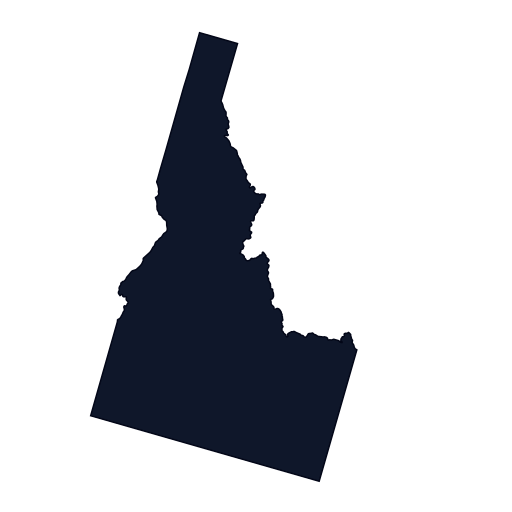 map outline of Idaho (Mercator projection), rotated 16°
{"feature_id": "USA-3518", "entity_name": "Idaho", "entity_type": "State", "adm_level": 1, "iso_a3": "USA", "parent_name": "United States of America", "parent_adm1": "", "projection": "mercator", "projection_center": [-114.383, 45.496], "detail": "fine", "context": "isolated", "style": "filled", "palette": "ink", "viewbox_px": 512, "rotation_deg": 16, "n_neighbors": 0, "source": "natural_earth", "source_scale": "10m", "svg_char_len": 6166}
<svg xmlns="http://www.w3.org/2000/svg" viewBox="0 0 512 512"><g transform="rotate(16 256 256)"><path d="M140.2,56.9L179.7,56.9L179.6,116.3L180.1,117.3L181.0,118.1L182.2,119.6L184.1,122.8L186.1,124.9L187.4,125.8L187.8,126.7L188.5,129.5L188.7,129.8L189.0,130.2L190.4,131.1L190.9,132.5L191.1,132.8L192.3,133.6L192.8,134.4L192.9,135.2L192.8,136.7L193.0,137.1L194.1,138.9L194.5,140.0L194.0,141.2L192.4,142.4L192.2,142.6L192.2,142.9L193.9,144.3L194.2,144.9L194.4,146.2L195.8,147.0L196.0,147.4L195.7,147.9L195.2,148.2L193.0,148.5L192.6,149.0L192.5,149.3L192.6,149.6L192.9,149.9L193.5,150.3L195.1,150.7L198.1,152.7L199.7,154.6L200.4,155.6L201.1,157.2L201.6,157.7L202.2,158.0L204.2,158.3L207.8,159.8L208.2,160.0L208.9,161.1L209.9,162.9L210.3,164.1L211.2,164.7L212.2,166.0L213.8,167.2L214.9,168.7L215.5,170.1L219.0,174.1L219.4,175.7L219.9,176.2L221.5,176.8L223.1,178.9L224.7,180.0L224.7,180.3L224.5,181.7L224.6,182.7L224.9,183.9L225.2,184.8L225.8,185.3L227.0,186.2L228.5,187.6L230.3,188.2L230.8,188.7L230.9,189.5L230.6,191.6L231.0,192.1L231.4,192.2L231.9,192.0L232.8,190.8L233.7,190.1L234.3,190.0L234.9,190.2L235.9,190.9L236.5,191.8L236.6,192.3L236.5,192.6L235.8,193.6L235.8,193.9L235.9,194.5L236.7,195.2L237.6,195.8L238.7,196.2L239.8,196.1L241.0,195.7L241.9,196.0L242.6,196.0L244.2,195.0L247.0,194.3L247.6,194.3L248.2,194.7L248.4,195.4L248.4,196.8L247.9,198.8L248.0,199.7L248.0,200.0L247.6,200.8L247.5,201.4L247.8,202.5L247.7,202.8L247.4,203.3L245.6,204.1L245.3,204.6L246.4,206.3L246.5,207.3L246.3,208.0L245.4,210.0L245.2,210.7L245.1,211.4L245.2,212.8L245.1,213.5L244.2,215.0L244.0,215.6L243.9,216.6L243.2,217.9L243.8,219.8L244.1,221.8L244.0,222.4L243.7,222.9L243.5,223.0L241.6,223.4L241.4,223.7L241.2,224.2L241.5,224.9L243.0,226.6L243.3,227.2L243.2,228.1L242.2,229.6L242.0,230.2L242.2,231.0L242.5,231.6L242.6,232.0L242.4,232.7L242.5,233.0L242.9,233.4L245.2,234.3L245.4,235.0L244.8,236.5L244.7,237.5L244.9,238.0L245.8,239.4L245.9,239.8L245.6,240.4L244.5,241.5L243.9,241.7L242.2,241.9L241.6,242.3L240.2,245.0L239.4,245.8L239.4,246.5L239.7,247.1L240.0,248.1L241.3,249.5L241.6,249.9L241.6,250.3L241.4,250.8L241.6,251.7L241.5,252.6L240.7,253.5L239.8,254.5L239.7,254.8L239.8,255.1L240.2,256.3L240.0,256.9L239.6,257.6L239.6,257.8L239.7,258.0L241.1,258.1L243.3,258.6L244.7,259.6L244.9,259.9L245.0,260.6L245.3,260.9L247.0,262.0L247.4,262.6L247.7,262.8L249.0,263.0L249.4,262.9L251.1,261.9L251.9,260.1L252.4,259.5L253.0,259.4L254.0,259.4L255.2,258.6L257.0,257.8L257.5,256.7L258.6,255.9L259.4,254.2L259.8,253.9L261.4,253.2L261.4,252.6L261.2,251.7L261.2,251.1L261.3,250.6L261.7,250.4L263.0,251.0L265.4,253.0L265.6,253.5L265.7,254.1L266.0,254.4L268.5,255.4L269.1,255.8L269.5,256.2L269.7,256.9L269.7,257.2L269.1,258.2L269.0,258.9L268.8,260.0L269.0,260.3L269.3,260.6L270.6,261.1L271.0,261.5L271.1,261.9L271.2,263.3L271.1,263.9L270.7,264.8L270.7,265.5L270.9,266.7L271.1,267.1L272.2,268.0L272.7,268.8L272.5,271.9L272.7,272.8L274.4,274.6L274.6,275.8L274.8,276.1L277.5,278.8L277.8,279.5L278.1,280.7L278.6,281.7L278.8,282.9L279.3,283.3L280.7,283.3L281.0,283.4L281.3,283.8L281.6,285.1L282.9,286.9L283.7,289.0L284.0,290.3L283.6,292.3L283.1,293.0L282.2,293.5L282.0,294.0L283.1,295.9L283.8,298.0L284.7,298.8L286.6,299.7L287.4,300.4L287.6,301.6L287.8,301.8L288.2,302.0L289.3,301.8L290.6,300.7L291.2,300.5L291.9,300.5L292.8,300.7L293.8,301.3L295.5,302.8L296.2,304.0L297.1,305.0L297.5,306.4L298.2,307.3L298.5,308.4L299.3,309.8L299.4,310.7L298.6,311.7L298.4,312.2L298.6,312.7L299.7,313.9L299.8,314.5L299.8,315.1L300.0,315.4L301.0,316.0L301.3,316.2L301.4,316.6L300.8,318.4L301.2,319.4L301.3,320.3L301.5,320.6L302.8,321.3L303.9,322.6L306.2,323.5L307.3,325.0L307.6,325.2L307.9,325.2L308.6,324.9L308.8,324.6L308.8,324.3L308.0,322.8L308.0,322.5L308.2,321.9L308.5,321.4L311.0,319.0L312.2,318.7L313.1,318.1L313.9,318.0L315.2,318.4L320.1,319.0L320.9,319.7L322.9,319.6L323.6,319.8L324.7,320.6L325.4,320.6L326.1,320.4L326.6,319.9L327.3,318.1L327.6,316.7L327.9,316.2L328.6,315.8L330.5,315.1L331.3,314.5L331.7,314.5L332.3,314.7L333.2,315.3L335.2,315.4L337.7,316.2L341.5,315.5L342.2,315.5L342.9,315.4L343.8,314.9L344.5,314.8L346.2,314.8L347.3,315.3L347.5,315.6L348.1,316.5L348.6,316.8L349.0,316.7L350.1,316.2L351.6,316.0L353.7,314.6L354.2,314.6L358.6,314.6L359.1,314.7L361.0,315.7L362.5,315.6L362.7,315.4L362.6,314.9L361.2,314.3L360.9,314.0L360.8,313.6L360.6,312.4L360.7,311.7L361.1,310.9L361.1,310.3L361.4,309.8L362.5,309.4L362.8,309.0L362.9,308.0L362.3,306.9L362.4,306.3L363.3,305.6L365.0,305.2L365.9,304.0L366.7,304.2L368.6,305.3L368.9,306.3L370.5,308.9L370.9,309.6L372.0,310.4L372.1,310.8L372.2,312.3L372.5,313.0L374.0,314.2L374.6,314.8L375.2,316.0L376.4,317.5L377.0,317.9L378.8,318.4L378.8,455.1L141.1,455.1L140.9,358.0L140.8,356.9L140.5,355.6L141.1,354.7L142.0,354.0L142.4,353.3L142.9,352.0L143.1,350.7L143.6,348.9L143.8,346.6L144.3,345.2L144.4,344.6L144.1,343.4L143.0,341.5L143.0,340.6L143.4,340.1L144.5,340.0L144.9,339.8L145.2,339.3L145.4,338.6L145.5,337.4L146.1,336.3L145.9,335.8L145.1,335.0L143.5,334.0L143.3,333.7L143.0,333.0L142.9,331.7L142.8,331.2L142.3,331.0L140.0,331.7L139.2,331.5L138.3,330.0L137.8,329.9L137.3,330.1L136.2,331.5L134.6,330.3L134.0,329.6L133.7,328.6L134.0,326.7L133.9,326.0L133.3,324.8L133.2,324.2L133.3,322.9L134.0,320.8L133.6,319.3L134.4,318.3L134.6,317.6L134.9,317.3L135.8,316.9L136.4,316.2L136.9,315.3L137.3,314.2L137.6,312.1L138.1,310.9L139.1,308.9L140.2,306.1L140.6,305.2L141.3,304.3L143.7,302.7L144.5,302.1L145.0,301.4L147.2,297.8L148.1,295.8L148.4,294.8L148.8,292.1L148.9,291.0L148.4,290.1L148.3,289.4L148.5,288.9L153.0,281.7L153.8,279.5L154.5,276.1L155.5,274.2L155.6,271.8L155.7,270.6L156.3,269.6L157.6,268.0L158.2,266.1L160.1,263.6L160.5,261.9L161.2,259.9L162.6,258.2L163.2,257.3L163.5,256.2L163.4,255.0L163.1,253.9L161.7,251.1L161.0,248.8L160.5,247.6L160.0,247.0L159.4,246.5L157.7,246.1L155.4,244.7L154.2,243.3L151.3,242.7L150.6,241.1L148.2,238.6L147.0,235.4L146.7,233.6L145.6,230.8L143.5,228.0L143.3,227.4L144.5,226.1L145.0,225.3L145.4,224.1L145.4,222.9L144.5,221.3L144.1,218.5L143.5,217.3L142.2,215.0L140.3,212.5L140.0,211.6L140.2,210.6L140.2,209.0L140.1,198.6L140.2,179.0L140.0,113.3L140.4,95.1L140.2,56.9Z" fill="#0f172a" stroke="#020617" stroke-width="1.5"/></g></svg>